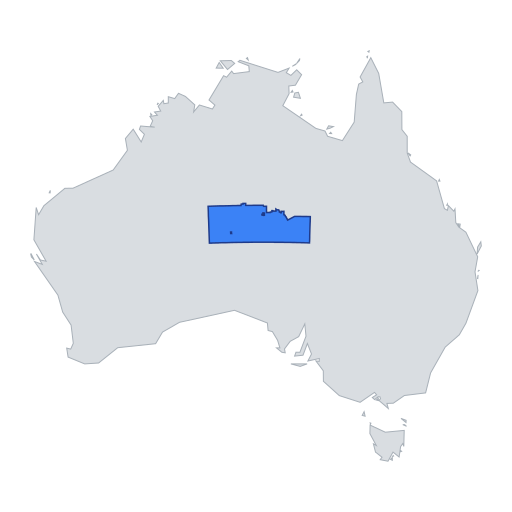 location of MacDonnell, Northern Territory, Australia
{"feature_id": "25037944B32264354424251", "entity_name": "MacDonnell", "entity_type": "district", "adm_level": 2, "iso_a3": "AUS", "parent_name": "Australia", "parent_adm1": "Northern Territory", "projection": "albers", "projection_center": [133.822, -24.426], "detail": "fine", "context": "in_parent", "style": "filled", "palette": "blue", "viewbox_px": 512, "rotation_deg": 0, "n_neighbors": 0, "source": "geoboundaries", "source_scale": "gbopen_adm2", "svg_char_len": 7407}
<svg xmlns="http://www.w3.org/2000/svg" viewBox="0 0 512 512"><path d="M378.7,73.4L383.8,102.9L392.6,102.1L401.8,111.6L401.9,129.6L407.2,136.3L407.2,153.0L410.5,162.1L436.6,180.9L444.4,208.6L447.4,210.3L448.4,205.6L453.8,211.2L455.0,208.9L455.8,222.6L458.8,227.1L465.9,232.2L477.7,256.8L475.0,271.8L477.9,290.6L465.9,323.3L459.3,334.8L445.2,347.1L430.6,372.9L425.6,392.9L404.4,395.5L393.3,403.2L386.9,403.4L388.3,408.5L378.9,400.4L380.5,398.8L380.0,396.9L378.2,396.7L374.6,399.6L372.3,397.5L376.6,394.8L374.5,392.4L360.1,402.3L339.3,395.6L323.4,381.3L323.3,370.8L315.9,360.9L319.2,361.4L319.3,358.5L307.9,361.0L311.5,354.0L307.4,343.5L303.0,355.2L294.6,356.1L296.0,352.2L299.9,352.3L306.0,336.2L304.8,323.9L298.7,336.6L290.2,341.3L284.5,348.9L285.2,352.8L281.9,352.3L276.5,347.9L279.9,347.9L277.6,340.3L272.4,331.6L268.1,330.5L267.4,323.0L234.5,310.3L179.5,322.3L162.5,332.1L155.6,343.7L117.7,347.7L98.6,363.0L84.7,363.9L68.1,357.1L66.7,348.1L70.7,349.1L73.3,343.3L71.1,325.1L62.7,312.1L57.9,295.1L34.5,261.5L42.3,264.4L36.4,254.0L40.4,260.0L46.1,261.2L33.9,239.8L36.2,207.5L38.6,214.7L43.9,205.7L64.9,188.3L73.0,188.2L113.2,170.0L127.4,150.3L125.4,138.5L133.2,129.2L141.2,142.0L144.4,134.3L139.4,129.4L140.6,126.0L154.7,127.2L150.2,126.3L152.7,120.8L149.9,116.4L157.4,115.3L154.5,112.0L160.7,111.1L158.2,106.3L163.3,100.4L163.9,103.7L168.3,103.0L168.3,96.7L174.7,98.6L178.5,93.3L185.5,96.5L194.8,104.9L193.6,112.0L199.4,105.0L212.4,109.0L214.9,105.1L209.0,100.0L223.6,75.7L226.6,77.2L231.7,71.1L233.6,73.6L249.3,71.6L248.8,65.8L238.2,61.7L239.9,60.3L278.0,72.4L289.1,68.1L286.3,72.7L290.9,75.4L296.7,69.8L301.6,74.7L295.4,85.2L288.8,86.0L289.1,93.7L282.8,105.7L315.9,128.4L325.0,131.0L327.6,136.3L342.4,140.6L354.2,122.1L356.4,94.4L358.7,84.1L362.8,81.9L360.1,77.0L370.8,57.7L378.7,73.4ZM370.1,425.1L385.3,432.2L404.2,430.4L403.8,446.4L402.8,443.5L400.6,446.6L399.1,457.0L393.0,452.1L388.0,461.2L380.2,459.7L382.0,457.2L375.5,452.1L373.4,443.8L376.3,445.5L369.9,433.6L370.1,425.1ZM220.3,60.8L231.3,60.5L234.7,63.4L227.5,69.5L220.3,60.8ZM290.9,363.9L307.1,363.9L300.2,366.4L290.9,363.9ZM298.4,92.3L300.4,98.3L293.6,97.2L294.8,93.0L298.4,92.3ZM477.1,254.0L477.6,247.1L480.8,241.8L481.3,246.0L477.1,254.0ZM401.0,418.4L406.1,420.3L406.0,422.5L401.0,418.4ZM219.2,62.5L223.2,68.2L216.2,68.1L219.2,62.5ZM365.1,416.2L362.2,415.4L364.1,411.7L365.1,416.2ZM333.4,126.6L330.1,128.2L326.8,129.1L328.6,125.8L333.4,126.6ZM34.3,260.0L31.4,257.0L30.7,254.0L31.1,253.8L34.3,260.0ZM404.6,424.6L406.5,426.3L402.8,424.6L404.6,424.6ZM457.9,223.8L460.2,224.1L459.8,227.1L457.9,223.8ZM408.0,152.9L410.7,154.9L410.1,155.9L408.0,152.9ZM392.3,457.7L392.3,460.3L390.4,459.3L392.3,457.7ZM478.1,274.9L477.8,278.6L477.5,278.5L478.1,274.9ZM248.2,60.0L246.4,58.4L247.5,57.6L248.2,60.0ZM299.4,60.6L296.6,63.5L299.9,58.5L299.4,60.6ZM479.1,270.4L477.8,271.5L478.8,270.3L479.1,270.4ZM302.1,115.1L300.6,115.7L301.5,114.2L302.1,115.1ZM293.0,92.0L291.1,92.3L292.3,90.5L293.0,92.0ZM50.3,190.4L50.1,192.9L49.2,192.8L50.3,190.4ZM367.6,56.2L367.4,58.2L366.8,56.7L367.6,56.2ZM378.1,397.7L378.4,398.9L377.9,398.5L378.1,397.7ZM295.9,64.4L292.3,66.3L296.0,63.9L295.9,64.4ZM158.3,103.4L157.1,104.9L157.8,103.2L158.3,103.4ZM393.6,456.0L392.6,456.4L393.2,455.5L393.6,456.0ZM331.6,133.6L329.6,133.5L330.7,132.3L331.6,133.6ZM151.8,114.6L150.9,115.4L150.7,113.6L151.8,114.6ZM401.6,451.3L400.1,451.9L400.7,450.6L401.6,451.3ZM369.2,50.8L368.9,52.2L367.9,51.4L369.2,50.8ZM377.2,399.3L378.5,400.6L376.2,400.0L377.2,399.3ZM439.9,181.1L438.6,181.1L439.3,179.5L439.9,181.1ZM447.4,205.3L446.7,205.2L447.4,204.0L447.4,205.3ZM370.9,423.2L370.5,424.2L370.2,422.9L370.9,423.2Z" fill="#d9dde1" stroke="#a8b0b8" stroke-width="1"/><path d="M310.3,216.6L306.7,216.5L303.1,216.5L299.5,216.4L297.2,216.4L294.6,216.4L291.4,218.1L288.2,219.8L287.6,220.1L287.5,219.9L287.4,219.6L287.3,219.4L287.3,219.2L287.2,219.2L287.1,218.9L286.9,218.7L286.8,218.4L286.7,218.3L286.7,218.2L286.6,217.9L286.5,217.7L286.4,217.6L286.3,217.4L286.2,217.4L286.1,217.2L286.1,216.9L285.9,216.8L285.9,216.7L285.7,216.5L285.6,216.4L285.4,216.3L285.4,216.2L285.3,215.9L285.2,215.8L285.2,215.7L285.1,215.4L284.9,215.3L284.9,215.2L284.7,215.0L284.6,214.9L284.4,214.8L284.2,214.7L283.9,214.7L283.9,211.3L282.6,211.4L281.2,211.3L281.2,212.8L280.8,212.8L280.7,212.8L280.5,212.6L280.3,212.5L280.2,212.4L280.0,212.2L279.9,212.2L279.7,212.0L279.4,212.0L279.4,211.4L279.3,211.2L279.2,211.0L279.1,210.9L279.1,210.7L278.8,210.3L278.7,210.2L278.7,209.9L277.9,209.8L277.0,209.8L275.9,209.0L275.9,211.1L275.0,211.1L273.8,211.1L273.6,211.1L273.3,211.1L273.2,211.1L273.2,210.9L272.6,210.8L272.6,210.6L271.9,210.6L271.9,211.6L271.8,212.0L270.3,212.0L270.1,212.1L270.1,212.3L270.1,212.5L269.1,212.5L268.7,212.5L266.5,212.5L266.5,209.0L266.5,208.3L266.5,208.2L266.5,206.3L263.7,206.3L263.2,205.7L263.2,205.3L262.5,205.3L262.0,205.3L260.6,205.3L259.6,205.3L257.5,205.3L254.1,205.3L253.4,205.3L251.6,205.4L250.4,205.4L250.2,205.4L249.4,205.4L245.7,205.4L245.7,203.4L243.0,203.4L243.0,204.1L241.2,204.1L241.0,205.5L237.4,205.5L236.3,205.6L232.7,205.6L231.0,205.7L227.3,205.8L226.4,205.8L223.1,205.9L219.7,205.9L213.1,206.1L208.1,206.3L208.3,211.5L208.4,216.2L208.6,220.1L209.4,243.1L209.6,243.1L210.8,243.1L211.7,243.1L212.8,243.0L213.0,243.0L213.7,243.0L214.0,243.0L215.2,243.0L215.4,242.9L216.0,242.9L216.4,242.9L216.6,242.9L217.4,242.9L217.6,242.9L218.5,242.9L218.8,242.8L219.3,242.8L222.3,242.7L222.5,242.7L222.9,242.7L223.0,242.7L223.3,242.7L223.9,242.7L224.0,242.7L224.4,242.7L224.5,242.7L225.0,242.7L226.1,242.7L228.6,242.6L228.8,242.6L231.8,242.5L232.0,242.5L238.5,242.4L238.8,242.4L239.0,242.4L242.0,242.4L243.1,242.3L243.3,242.3L246.5,242.3L246.8,242.3L247.1,242.3L247.4,242.3L248.3,242.3L253.8,242.2L254.0,242.2L254.7,242.2L254.9,242.2L257.2,242.2L257.4,242.2L259.4,242.2L259.5,242.2L260.1,242.2L260.7,242.2L260.8,242.2L261.1,242.2L261.4,242.2L261.9,242.2L262.0,242.2L262.3,242.2L262.7,242.2L263.0,242.2L263.5,242.2L263.8,242.2L266.1,242.2L266.7,242.2L266.9,242.2L267.2,242.2L267.3,242.2L267.5,242.2L269.3,242.2L269.5,242.2L270.0,242.2L270.3,242.2L270.6,242.2L270.8,242.2L271.2,242.2L271.8,242.2L272.2,242.2L272.6,242.2L272.8,242.2L273.3,242.2L273.6,242.2L273.8,242.2L274.2,242.3L274.4,242.3L275.3,242.3L275.5,242.3L276.0,242.3L276.5,242.3L278.0,242.3L281.3,242.3L281.7,242.3L281.9,242.3L282.0,242.3L282.6,242.3L282.8,242.3L283.1,242.3L284.6,242.4L285.0,242.4L287.3,242.4L288.2,242.4L289.1,242.4L290.0,242.4L292.8,242.5L293.8,242.5L294.7,242.5L297.5,242.6L298.4,242.6L299.3,242.6L300.2,242.6L301.2,242.7L303.0,242.7L304.1,242.7L304.9,242.8L305.8,242.8L306.7,242.8L308.6,242.9L309.5,242.9L309.5,241.8L309.6,241.5L309.7,237.3L309.7,235.7L309.8,232.3L309.9,228.5L310.1,222.9L310.2,221.3L310.2,220.4L310.3,217.9L310.3,217.7L310.3,216.6ZM262.9,213.7L262.9,213.3L262.9,213.0L262.9,212.9L263.3,212.9L263.5,212.9L264.0,212.9L264.1,213.3L264.4,213.3L264.4,213.6L264.4,214.0L264.4,214.3L264.2,214.4L264.2,214.5L264.2,214.8L264.3,214.8L264.4,215.3L264.1,215.4L263.9,215.4L263.7,215.4L263.7,215.2L263.6,214.9L263.3,215.1L263.1,215.2L262.8,215.2L262.6,215.2L262.3,215.2L262.3,214.9L262.1,214.8L262.1,214.7L261.9,214.7L261.9,214.3L262.1,214.3L262.2,214.2L262.6,214.1L262.9,214.1L262.9,213.9L262.9,213.7L262.9,213.7ZM230.7,233.5L230.7,233.1L230.7,232.7L230.6,232.4L230.6,232.0L231.0,232.0L231.4,232.0L231.5,232.0L231.5,232.9L231.5,233.1L231.6,233.5L231.1,233.5L230.7,233.5Z" fill="#3b82f6" stroke="#1e3a8a" stroke-width="1.5"/></svg>